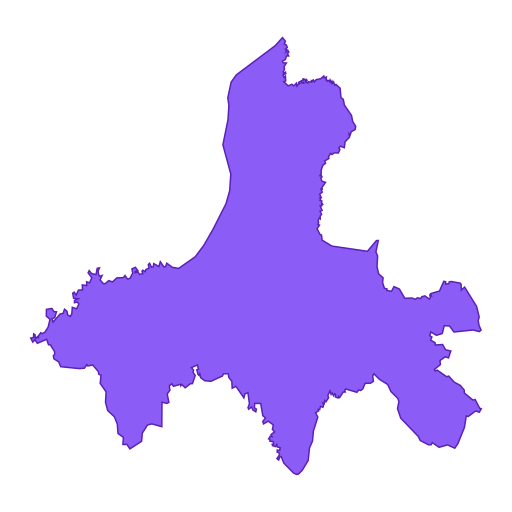 the district of Phon Phisai, Nong Khai, Thailand
{"feature_id": "78962969B13361717862760", "entity_name": "Phon Phisai", "entity_type": "district", "adm_level": 2, "iso_a3": "THA", "parent_name": "Thailand", "parent_adm1": "Nong Khai", "projection": "equal_earth", "projection_center": [103.15, 17.983], "detail": "fine", "context": "isolated", "style": "filled", "palette": "violet", "viewbox_px": 512, "rotation_deg": 0, "n_neighbors": 0, "source": "geoboundaries", "source_scale": "gbopen_adm2", "svg_char_len": 5978}
<svg xmlns="http://www.w3.org/2000/svg" viewBox="0 0 512 512"><path d="M481.3,408.8L479.6,408.1L475.1,399.5L473.0,400.1L464.4,393.1L464.2,390.0L460.3,385.4L454.3,382.2L448.7,376.1L446.6,376.7L437.2,370.1L435.3,371.1L434.4,369.4L440.4,364.6L440.0,360.6L445.2,356.8L448.5,357.9L450.8,351.0L445.6,349.8L442.6,344.5L435.4,345.0L435.0,342.6L430.6,340.1L431.9,337.0L429.7,335.7L430.9,332.0L436.4,335.3L442.3,333.5L444.2,325.7L449.5,326.0L454.0,332.0L473.0,330.0L479.3,331.6L481.1,330.1L479.1,325.6L478.2,320.5L479.2,317.0L476.6,306.4L464.6,287.1L461.3,290.0L461.1,284.2L460.1,283.1L451.2,281.5L449.3,281.8L448.8,283.7L445.6,284.0L445.6,281.7L443.8,281.3L439.5,291.0L430.7,293.6L431.4,295.9L429.9,295.2L430.4,297.6L429.3,299.0L424.9,295.9L421.8,296.7L420.8,298.5L417.5,297.8L415.3,299.3L412.1,298.0L404.8,298.3L399.4,289.0L394.0,286.6L391.5,291.3L386.8,290.5L386.9,288.8L384.4,288.3L382.6,282.6L383.1,277.8L378.7,273.9L377.0,266.8L377.6,256.0L375.9,252.0L378.3,240.5L376.4,240.6L367.4,251.3L331.9,246.1L322.1,240.1L321.5,235.0L319.8,234.2L317.1,228.6L319.5,225.1L317.8,224.3L318.7,222.5L318.1,220.6L319.3,218.1L320.2,218.9L320.2,216.0L321.6,214.3L320.0,211.3L322.1,210.5L320.2,205.8L321.7,205.7L321.8,203.8L323.1,204.9L321.5,202.5L321.8,200.9L320.0,200.4L321.1,197.7L319.9,197.7L320.8,196.4L319.6,194.3L322.3,192.1L320.9,189.1L322.3,189.1L321.9,187.6L325.5,182.3L321.9,181.2L320.8,178.0L322.0,176.9L321.2,175.3L319.5,176.2L321.2,173.8L321.2,169.9L322.9,165.3L325.5,163.3L324.7,160.9L328.9,158.5L328.5,156.8L330.6,153.4L332.0,154.5L334.4,152.8L338.4,153.0L339.9,149.3L338.8,148.1L340.4,146.2L344.3,147.7L345.1,141.8L349.6,137.1L349.0,134.0L350.1,135.1L351.3,131.7L355.2,129.5L355.7,126.3L352.7,121.5L351.5,115.4L344.4,105.1L343.3,99.4L341.0,97.6L340.1,88.2L336.0,84.5L334.8,85.2L333.6,82.0L332.8,83.2L332.1,81.4L331.6,83.0L330.2,80.1L329.8,81.8L328.9,80.5L327.0,81.5L327.8,80.4L326.1,80.1L326.4,77.0L324.3,77.9L323.8,76.0L320.7,78.7L316.2,79.6L314.4,81.9L313.3,79.9L312.3,80.6L313.1,81.4L311.4,80.7L311.6,82.1L308.6,81.7L307.8,83.0L305.9,82.2L307.1,80.6L306.6,79.6L305.3,80.9L304.9,79.2L303.2,79.6L303.4,78.2L302.5,80.3L303.8,83.2L301.5,82.9L301.2,80.9L299.0,82.1L298.4,83.0L299.5,83.6L297.0,85.2L297.1,87.2L296.3,83.2L293.9,85.9L292.0,84.3L288.1,85.8L283.8,81.7L285.7,81.0L285.4,76.1L284.2,77.5L283.0,74.9L285.8,73.5L285.5,72.2L283.8,73.3L283.2,71.9L284.5,69.3L284.1,66.5L286.4,63.0L283.1,62.8L282.5,61.1L285.4,59.5L286.4,55.9L288.6,56.0L287.5,53.4L288.8,52.1L287.8,50.3L285.9,51.8L286.7,49.8L285.4,49.1L287.3,47.5L286.4,45.0L284.3,44.1L285.4,41.2L282.5,37.6L275.2,45.7L236.4,74.8L231.1,82.2L227.8,97.9L228.9,105.4L228.0,119.6L222.9,144.8L230.8,174.0L229.7,190.7L226.0,203.7L213.4,228.6L203.9,245.2L195.3,256.7L178.7,268.4L172.3,267.3L166.8,263.2L165.6,266.6L163.9,266.9L160.3,261.7L158.9,266.5L153.7,263.6L153.3,266.7L151.5,267.2L149.6,263.3L148.3,264.5L148.9,268.1L145.9,269.5L145.2,271.7L142.8,270.2L142.0,271.4L142.8,273.7L139.5,274.4L138.1,272.1L135.1,272.7L135.3,271.3L137.8,270.6L135.4,267.3L131.9,268.9L132.7,273.1L130.1,278.2L127.6,279.2L125.0,275.5L123.4,277.6L116.8,277.9L112.5,281.9L108.7,280.6L105.3,283.6L103.4,283.7L100.1,279.9L102.1,275.5L99.8,276.3L98.7,274.8L98.1,271.0L99.5,267.9L97.2,268.3L96.0,274.6L91.5,273.5L89.2,270.6L88.1,272.8L91.8,277.7L89.6,282.8L86.6,281.8L86.7,285.5L82.3,284.9L82.5,289.9L78.4,290.1L76.2,295.1L74.2,292.2L72.7,293.2L73.6,298.2L78.1,298.8L74.5,300.4L74.5,302.7L77.3,302.0L78.8,304.0L76.6,308.8L72.3,307.3L71.8,313.8L70.3,316.4L67.6,314.9L67.0,311.2L64.5,309.2L63.1,313.4L60.1,314.0L53.1,322.0L51.9,318.9L54.7,317.6L56.5,311.8L53.9,311.6L51.9,308.4L46.4,309.4L46.3,316.1L50.0,319.4L48.1,327.2L44.7,332.4L42.2,333.6L40.8,332.7L38.3,336.2L38.6,338.4L37.4,336.7L35.4,338.8L35.0,334.7L33.7,333.9L33.5,337.5L30.7,338.1L32.8,342.1L34.8,339.8L37.4,343.3L46.6,339.3L48.5,344.7L50.3,344.8L54.5,351.4L54.7,354.3L53.3,355.8L53.9,358.8L58.7,361.9L60.7,366.7L79.2,368.6L84.4,368.2L86.8,364.7L87.8,366.0L92.7,365.0L98.4,371.6L98.7,374.2L101.0,375.2L100.2,383.4L106.1,391.9L105.5,402.3L107.7,410.5L114.4,416.8L117.3,424.1L118.0,433.5L123.4,437.4L122.9,444.5L126.9,444.4L129.9,448.9L141.6,441.3L142.3,433.2L147.5,425.0L151.9,423.9L161.8,426.7L162.0,402.2L166.9,403.4L168.9,402.4L167.2,394.0L169.9,390.2L169.3,385.9L171.8,383.7L173.4,386.3L180.4,384.3L180.8,385.8L181.8,384.4L185.2,387.8L190.4,383.7L192.5,383.6L195.2,375.5L193.0,372.2L193.6,370.2L191.4,367.6L197.4,365.0L198.5,369.3L196.8,369.7L198.0,374.4L199.2,375.5L199.8,373.9L200.8,377.8L204.7,380.7L210.9,381.3L222.3,376.1L223.6,373.8L228.3,373.8L228.8,377.4L231.8,381.3L232.2,388.2L236.0,386.4L243.9,397.9L244.9,393.9L247.9,392.6L249.4,403.7L248.0,407.7L248.7,409.2L251.5,407.0L253.0,410.1L255.8,411.8L256.4,409.1L254.4,407.7L254.7,403.4L260.7,403.5L262.8,415.7L265.5,417.9L262.8,421.4L263.5,423.9L268.2,421.2L273.3,424.9L272.4,429.4L274.6,431.8L271.1,434.5L272.0,436.7L270.3,436.2L268.6,438.9L270.0,439.3L269.9,441.2L273.2,441.6L273.6,444.3L272.2,444.3L272.5,445.6L275.4,446.6L276.8,444.6L277.3,447.0L280.1,447.7L279.8,450.3L277.2,450.1L277.2,452.2L278.9,452.5L279.5,454.8L276.9,458.6L278.7,460.0L279.7,457.1L281.2,456.6L283.9,463.2L293.5,473.0L296.4,474.4L298.4,474.1L302.3,470.2L308.2,460.4L309.5,447.9L312.5,441.1L313.4,431.1L317.8,417.1L315.6,412.7L318.6,410.9L318.1,409.5L319.7,409.5L320.5,406.4L322.9,407.3L323.7,404.7L322.9,403.1L324.2,403.7L324.7,400.6L325.9,401.8L328.6,397.7L327.9,395.3L330.0,390.9L331.1,394.4L332.2,393.1L333.5,395.7L334.6,393.8L335.6,394.5L335.3,396.9L338.1,398.0L338.7,396.3L339.7,397.5L343.2,392.1L345.3,392.0L344.7,390.1L345.7,389.0L356.9,392.3L358.8,389.9L360.7,390.5L362.7,389.0L365.2,383.3L370.6,383.2L373.4,381.3L372.7,376.0L373.9,373.8L379.5,379.4L387.7,384.5L390.9,391.5L397.8,398.4L398.9,401.7L397.5,408.6L400.7,418.1L418.3,436.5L420.2,440.5L428.5,444.8L431.1,444.8L432.3,442.6L439.1,447.3L447.5,444.9L454.8,448.2L457.9,443.6L464.4,427.5L466.3,415.9L468.2,416.5L475.6,411.0L479.3,412.2L481.3,408.8Z" fill="#8b5cf6" stroke="#5b21b6" stroke-width="1.5"/></svg>